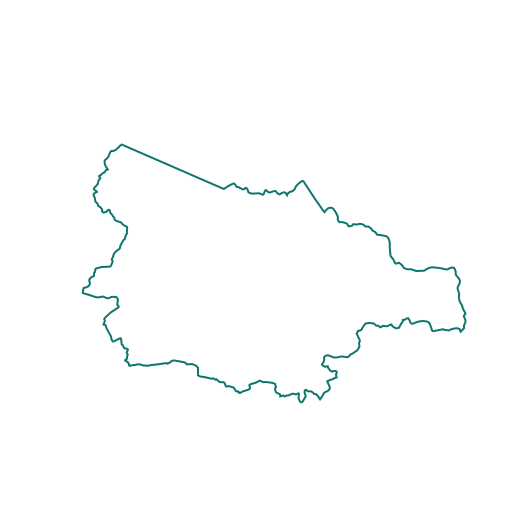 outline of Minh Hoa, Quảng Bình, Vietnam, rotated 153°
{"feature_id": "81297802B57556187754980", "entity_name": "Minh Hoa", "entity_type": "district", "adm_level": 2, "iso_a3": "VNM", "parent_name": "Vietnam", "parent_adm1": "Quảng Bình", "projection": "mercator", "projection_center": [105.906, 17.733], "detail": "fine", "context": "isolated", "style": "outline", "palette": "teal", "viewbox_px": 512, "rotation_deg": 153, "n_neighbors": 0, "source": "geoboundaries", "source_scale": "gbopen_adm2", "svg_char_len": 6133}
<svg xmlns="http://www.w3.org/2000/svg" viewBox="0 0 512 512"><g transform="rotate(153 256 256)"><path d="M423.0,264.1L421.5,262.8L422.0,258.3L421.7,249.7L422.3,248.5L422.6,247.1L422.4,245.1L422.1,244.6L421.4,244.5L414.2,244.4L413.8,243.9L414.4,241.7L415.7,238.6L415.7,237.9L415.2,236.9L415.3,233.7L413.6,232.4L412.6,231.1L412.7,230.6L415.1,228.7L415.0,226.6L415.4,226.0L416.6,224.9L417.4,223.3L417.8,223.0L419.7,222.7L420.1,222.2L419.1,220.9L418.3,218.7L418.2,217.3L418.7,216.4L418.5,215.5L415.5,214.8L413.3,213.8L411.3,213.4L409.5,212.7L407.1,210.8L405.7,209.2L404.3,208.8L402.5,207.3L400.3,206.9L391.4,203.6L384.7,201.4L383.6,200.1L383.2,200.4L382.5,200.4L380.7,200.1L379.2,200.8L376.3,200.1L368.6,194.2L367.3,192.9L367.0,191.2L366.7,190.8L361.9,188.7L359.1,185.3L358.4,182.7L361.8,176.2L361.5,175.3L359.8,173.5L356.8,171.5L351.7,167.1L349.3,166.1L348.5,164.3L347.3,164.3L345.9,160.6L344.1,159.1L342.4,158.5L342.0,158.0L341.6,156.9L342.0,154.5L341.7,153.2L339.5,152.5L335.6,149.0L335.2,144.6L334.7,144.0L333.4,143.6L333.1,143.0L333.3,142.0L333.0,141.5L332.4,141.2L329.0,141.3L323.6,140.3L321.6,140.6L321.0,141.9L320.6,143.8L320.1,144.3L318.3,144.1L313.8,143.2L309.3,143.3L306.8,140.3L304.7,139.4L299.0,135.6L297.1,133.4L297.7,130.2L299.0,129.5L299.9,127.2L300.0,125.5L299.8,124.9L298.4,123.3L297.4,121.6L298.1,119.9L295.1,119.3L294.3,117.9L291.9,117.8L290.6,117.1L286.1,116.8L285.0,116.1L283.8,114.9L282.8,114.5L280.6,114.4L280.3,114.1L280.6,113.3L282.6,110.1L282.9,107.2L282.7,105.7L282.3,105.1L280.7,105.1L280.1,105.4L275.5,108.3L275.2,109.1L274.7,112.4L273.5,114.1L272.7,114.2L272.2,114.1L271.1,111.8L268.5,110.5L267.1,108.3L267.1,107.0L265.3,105.7L264.5,103.5L264.0,99.2L260.7,100.9L257.7,103.0L256.6,103.3L253.0,103.2L250.6,104.1L249.8,105.5L249.4,112.0L245.9,111.8L243.1,111.4L241.5,111.6L239.3,111.2L239.0,112.9L238.4,114.2L237.7,114.9L237.1,115.2L236.7,116.0L236.7,116.6L237.7,117.7L238.7,118.1L240.6,118.4L241.9,120.2L242.6,124.3L242.1,125.1L242.9,125.6L244.7,125.9L245.6,126.8L246.5,128.8L246.5,129.4L243.5,131.2L242.3,132.7L241.5,134.6L240.8,135.2L239.6,135.5L237.3,135.1L236.1,134.1L232.7,130.2L229.3,128.6L225.8,127.9L220.6,124.4L219.2,124.3L216.7,125.3L213.8,125.3L208.8,126.0L207.6,126.5L205.0,128.3L203.6,131.9L202.2,132.9L201.8,133.6L201.5,141.2L199.1,142.9L198.6,142.9L197.3,142.3L195.5,142.5L193.7,143.7L189.4,146.0L187.5,145.7L185.0,144.7L183.2,143.2L181.8,142.7L180.8,140.0L180.2,139.2L178.6,138.3L177.7,136.1L177.0,135.8L174.7,136.2L171.7,134.2L170.5,133.8L167.0,133.8L166.6,133.6L166.4,133.3L166.3,131.3L164.3,128.2L163.5,127.7L161.0,127.2L157.9,129.5L155.2,130.8L154.3,132.3L154.0,132.4L153.1,131.8L152.5,131.7L150.0,131.9L148.7,131.5L148.4,130.0L148.6,126.1L148.3,125.4L147.7,124.9L146.9,124.5L141.9,124.0L139.5,123.3L137.1,122.5L133.7,120.2L132.8,119.3L131.9,117.4L132.6,111.2L133.0,110.0L132.8,109.2L132.1,108.5L122.7,105.9L121.2,104.3L117.6,102.0L115.6,102.1L113.8,101.8L110.5,100.8L109.4,100.2L107.8,98.5L108.0,95.7L103.4,97.2L102.5,99.4L99.6,101.8L98.7,103.2L98.4,104.7L98.2,107.8L97.6,108.6L95.8,109.2L95.4,110.3L95.6,114.8L94.8,118.9L95.2,122.8L93.9,127.4L92.3,129.5L91.1,135.7L90.3,136.8L87.2,139.0L86.2,140.2L85.5,141.6L85.4,143.3L86.4,148.0L86.3,149.0L85.1,151.7L84.8,154.2L85.0,155.6L87.0,157.0L91.3,157.2L92.8,157.7L95.4,160.0L98.3,162.2L104.0,165.9L106.4,166.7L108.2,166.9L112.9,166.6L120.1,169.9L123.6,173.6L127.2,175.5L128.7,177.0L129.8,178.3L129.8,180.0L130.2,182.0L131.7,185.1L134.2,185.5L135.3,186.2L135.2,190.7L136.1,194.6L135.8,195.8L132.8,203.2L130.6,207.6L130.1,210.5L130.1,212.8L131.3,214.8L135.4,218.0L137.9,219.6L138.5,220.3L138.8,223.1L140.7,225.8L141.0,228.3L142.4,231.2L145.1,232.6L146.0,235.0L147.1,236.3L149.1,237.6L151.6,238.2L153.3,239.1L154.5,240.1L154.9,240.2L156.6,239.4L159.1,239.9L160.2,240.8L160.0,242.5L160.5,243.7L161.3,244.8L164.1,247.3L166.4,248.3L166.7,249.3L166.6,250.8L166.5,251.8L165.5,253.2L165.2,254.3L165.1,257.8L165.5,262.3L166.4,264.3L167.6,265.1L169.2,265.7L170.9,265.7L173.7,264.7L175.0,263.9L175.5,265.3L176.5,273.1L177.3,278.2L179.8,300.9L180.2,301.5L180.7,301.9L185.0,301.3L188.4,300.1L191.9,297.6L194.1,297.3L197.4,297.7L199.6,297.1L200.7,296.1L200.8,298.3L201.3,299.3L202.0,300.0L203.2,300.3L204.8,300.4L206.9,300.1L207.2,300.2L208.5,302.4L208.9,304.8L210.6,305.7L214.5,306.2L215.5,306.7L216.3,307.9L217.3,310.3L217.8,310.3L219.0,309.5L220.9,307.8L222.2,307.5L224.9,310.6L230.5,313.0L232.5,314.4L233.8,316.2L233.3,319.6L233.6,320.6L234.1,321.3L235.0,321.4L235.8,321.0L237.3,321.1L240.4,325.3L241.9,326.5L242.1,329.0L242.5,330.4L243.3,330.8L244.7,330.9L249.2,330.9L254.2,330.3L325.1,416.3L327.4,415.9L328.5,415.3L330.2,415.0L331.8,414.3L335.7,414.3L337.1,415.2L337.6,415.3L338.7,414.7L342.0,411.9L343.6,410.9L347.5,409.8L348.2,408.7L349.1,405.8L349.2,404.9L348.8,400.3L350.4,400.8L353.1,399.2L354.3,399.5L356.9,398.7L359.3,398.6L359.6,398.3L359.3,396.4L359.5,395.9L361.7,395.0L364.6,391.8L369.7,389.9L370.0,389.3L369.9,388.3L368.6,385.6L368.7,385.3L369.9,385.4L372.1,385.1L373.0,384.2L373.5,380.0L374.3,378.0L374.3,377.2L373.4,374.2L373.8,372.0L372.6,370.3L372.1,368.1L372.2,366.7L373.0,365.7L372.2,364.0L371.9,363.8L369.3,363.3L367.0,364.2L366.0,363.9L365.7,363.5L365.7,362.4L366.2,360.6L366.0,359.6L365.5,358.5L365.5,356.6L364.9,354.5L365.4,353.0L365.3,352.2L364.3,350.5L361.1,347.4L360.4,344.7L358.9,342.0L357.8,340.8L357.8,340.0L359.9,336.5L360.2,335.3L360.6,334.8L362.5,333.6L365.4,330.6L366.9,330.4L372.1,326.8L373.7,324.8L374.5,324.4L378.5,323.7L381.8,322.4L384.1,319.8L386.0,318.6L386.2,318.2L386.0,316.8L386.4,316.0L389.7,313.1L390.5,312.8L391.8,313.2L398.5,316.3L404.1,317.5L404.8,317.3L405.3,316.9L406.7,314.9L407.8,314.6L409.6,311.7L411.7,311.9L413.1,311.7L414.9,310.9L415.6,310.2L416.4,307.0L417.2,306.0L419.4,305.1L421.5,305.2L423.9,305.7L424.3,305.6L427.2,301.8L426.8,301.2L422.8,297.5L417.1,291.8L415.3,290.7L411.3,289.6L410.5,289.1L407.8,285.9L406.4,285.3L403.1,285.1L401.8,284.5L401.1,283.8L399.4,283.3L398.8,281.7L398.7,280.4L399.0,279.4L401.7,275.8L401.2,273.6L401.5,272.9L402.2,272.6L411.2,271.6L418.6,269.5L419.6,269.0L420.0,268.4L420.0,267.2L420.3,266.6L423.0,264.1Z" fill="none" stroke="#0f766e" stroke-width="2"/></g></svg>